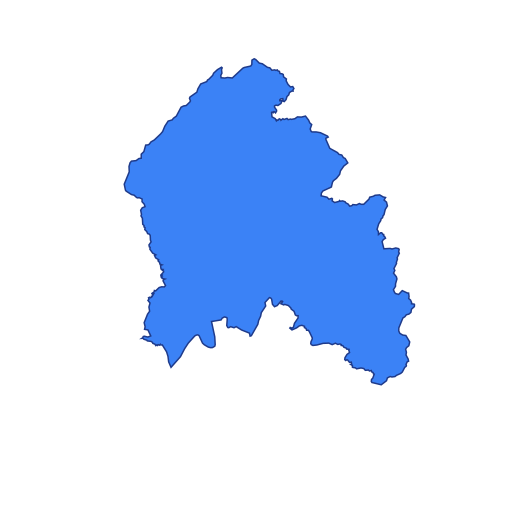 Doi Tao, Chiang Mai, Thailand (Robinson projection), rotated 237°
{"feature_id": "78962969B78761446480435", "entity_name": "Doi Tao", "entity_type": "district", "adm_level": 2, "iso_a3": "THA", "parent_name": "Thailand", "parent_adm1": "Chiang Mai", "projection": "robinson", "projection_center": [98.654, 17.929], "detail": "fine", "context": "isolated", "style": "filled", "palette": "blue", "viewbox_px": 512, "rotation_deg": 237, "n_neighbors": 0, "source": "geoboundaries", "source_scale": "gbopen_adm2", "svg_char_len": 6139}
<svg xmlns="http://www.w3.org/2000/svg" viewBox="0 0 512 512"><g transform="rotate(237 256 256)"><path d="M357.8,189.8L358.4,186.9L357.2,184.2L353.2,182.6L352.3,181.4L349.6,181.3L344.3,178.3L342.5,178.7L341.4,177.9L340.2,178.4L338.7,177.1L336.0,177.7L333.8,177.3L332.5,178.4L330.9,178.5L326.8,176.1L325.0,175.7L323.6,172.3L321.7,171.5L320.9,172.0L319.5,170.7L314.7,170.9L311.5,172.6L311.7,171.2L309.1,170.8L305.9,172.3L305.3,171.2L303.2,171.6L301.5,171.0L299.8,172.3L300.1,170.8L297.4,169.5L296.4,169.3L295.3,170.7L294.9,169.7L293.8,170.3L293.0,169.9L292.0,166.4L291.1,167.0L290.8,166.3L291.4,165.6L290.1,165.1L289.5,165.7L289.3,165.0L288.1,165.2L286.3,167.0L286.5,165.7L285.8,164.5L280.5,164.0L280.0,162.3L281.6,160.0L282.3,157.6L281.4,152.8L282.4,152.0L281.4,151.0L281.3,148.3L280.6,148.2L280.0,149.5L278.9,147.4L279.1,146.5L278.5,146.5L278.4,144.9L279.4,144.3L279.5,143.1L278.2,142.8L277.6,141.2L274.3,141.5L271.5,138.4L267.6,136.7L266.3,133.4L261.0,125.9L257.1,124.5L255.2,122.6L252.9,125.1L246.3,124.2L246.9,121.2L249.6,118.6L249.9,117.6L249.1,116.5L249.1,115.5L248.6,116.4L247.3,116.6L244.7,118.7L244.0,118.6L241.5,121.5L239.9,122.1L238.9,121.9L237.1,123.2L235.4,123.2L235.5,124.6L234.6,124.7L234.8,125.9L233.8,126.5L234.0,127.4L233.6,127.2L232.4,129.0L224.3,128.8L219.7,127.5L214.8,125.1L208.9,124.1L212.7,137.8L217.1,145.6L219.8,151.7L222.3,161.1L222.2,162.7L221.6,164.2L220.3,164.9L212.1,163.7L209.7,164.3L205.7,166.3L203.9,167.9L202.9,169.6L202.8,172.3L203.9,173.5L210.7,177.4L225.3,183.0L221.4,191.9L222.3,193.8L222.1,196.3L220.9,197.5L219.9,198.0L218.6,197.4L213.6,193.6L211.4,193.4L210.7,194.1L210.5,196.3L207.8,198.5L207.6,200.9L201.8,203.6L194.9,208.5L192.0,207.4L191.7,208.7L197.7,220.3L200.5,223.1L203.0,227.1L205.6,229.6L208.8,236.9L212.1,238.2L213.8,244.6L212.9,245.4L211.3,245.6L206.5,243.5L203.4,243.9L202.9,246.8L204.6,252.5L203.7,253.5L203.2,253.5L202.4,250.9L199.9,252.6L199.7,253.8L196.8,256.2L193.5,256.9L192.3,256.6L188.9,257.8L185.2,256.9L183.8,257.5L183.0,258.8L181.1,257.5L178.6,251.6L175.9,248.6L175.9,246.9L177.4,245.8L177.1,245.1L174.4,245.9L173.6,250.9L173.8,254.4L172.9,256.7L170.6,258.4L169.6,257.6L168.0,258.5L166.2,258.0L165.1,259.5L163.4,259.5L156.7,258.6L155.7,257.9L154.2,255.5L152.7,254.2L151.5,254.1L150.0,255.0L148.2,258.6L146.2,264.7L143.3,269.6L140.2,271.6L139.6,275.1L137.3,276.4L136.5,278.5L135.3,279.3L134.6,278.7L133.5,280.0L131.6,280.0L129.4,281.6L128.6,281.3L127.0,283.2L126.4,282.5L124.1,281.9L123.9,278.7L122.3,275.3L120.8,274.0L119.5,274.3L119.5,275.7L118.9,276.2L115.8,276.5L115.1,278.1L113.1,277.3L113.4,276.4L111.6,277.2L110.3,276.3L109.7,276.6L108.0,278.5L106.6,278.9L104.9,283.1L102.9,285.1L100.6,285.4L99.1,288.2L97.8,288.5L97.2,290.3L95.8,289.9L94.6,290.7L93.1,290.3L92.5,290.8L89.9,287.3L89.6,285.7L88.1,284.4L86.8,284.3L79.8,290.9L80.3,297.5L82.2,299.8L81.9,302.8L80.5,304.1L79.2,306.9L79.4,308.8L78.7,313.4L79.0,315.5L81.6,320.1L81.7,321.8L82.4,322.6L83.3,322.7L84.9,325.1L84.7,326.7L86.8,327.5L91.3,327.9L93.3,329.7L96.3,330.7L97.2,332.4L97.5,335.3L100.2,338.1L107.7,338.4L109.8,336.0L112.8,334.5L115.4,334.9L117.9,336.6L124.0,345.4L124.0,347.8L124.8,350.1L124.0,352.6L124.3,355.2L126.7,357.4L127.3,361.2L128.8,362.4L129.4,362.5L131.3,360.4L132.3,361.2L134.9,361.6L137.2,360.9L138.5,362.2L141.8,363.8L142.5,362.8L147.3,359.8L146.1,354.7L148.6,352.5L150.1,352.4L152.9,352.9L154.6,356.5L156.6,357.8L160.0,361.7L162.1,362.4L166.7,362.0L168.3,364.6L170.3,364.8L173.2,369.8L174.2,370.2L176.4,373.0L177.6,373.3L180.3,377.7L181.7,377.8L183.5,379.6L184.5,379.6L186.6,377.6L187.8,373.9L189.3,372.6L192.4,367.2L199.4,369.6L200.4,371.7L200.4,374.3L202.5,374.5L203.4,374.0L204.5,374.8L205.1,374.2L207.0,374.1L207.6,373.2L207.3,370.4L209.7,371.9L212.4,372.0L216.2,376.5L217.7,379.8L219.0,381.1L219.2,383.0L220.6,384.5L220.9,385.8L224.6,389.7L226.4,393.5L230.1,394.8L233.2,393.9L234.5,396.5L236.3,394.8L239.9,393.0L242.1,388.9L242.2,386.9L243.4,383.4L242.2,381.8L240.7,374.5L242.1,372.3L243.7,371.3L244.1,368.1L246.4,365.2L246.0,363.8L246.8,361.7L249.3,361.6L251.9,360.2L252.9,360.3L255.0,358.7L256.1,356.4L257.0,356.3L256.6,355.3L258.0,351.1L260.8,349.9L262.3,351.2L263.1,351.0L263.9,348.1L266.6,347.6L271.0,343.4L273.2,345.2L274.1,347.6L272.8,356.8L276.2,360.3L277.0,362.0L277.3,365.8L278.9,370.6L281.4,373.2L283.6,378.6L284.1,383.7L289.2,383.9L290.9,382.9L294.0,382.9L296.1,380.9L298.3,380.7L306.1,376.5L315.7,378.1L316.7,378.7L316.4,381.3L317.6,381.3L324.3,377.2L327.2,374.1L329.5,370.6L330.4,370.1L333.0,370.6L335.9,374.3L338.4,373.6L341.2,374.1L346.4,373.7L347.8,369.7L350.1,366.5L350.0,363.3L351.3,360.1L352.0,359.6L352.9,357.2L354.5,356.9L355.2,353.9L356.5,353.3L356.3,350.9L356.9,351.1L358.4,350.2L357.9,348.7L358.1,347.8L358.7,347.7L358.3,346.7L360.8,346.9L364.0,345.2L368.0,347.3L367.9,348.0L366.8,348.4L367.4,349.5L367.1,349.9L365.4,350.3L366.3,352.2L367.2,352.7L370.8,352.6L371.8,353.3L371.6,355.0L370.3,356.3L370.3,360.0L372.1,362.4L373.3,360.5L374.1,361.1L374.3,362.2L373.4,364.2L371.0,363.1L370.1,363.8L370.8,366.4L372.9,368.9L373.3,371.2L374.9,373.1L374.8,375.8L374.1,377.0L375.1,377.4L375.8,379.0L378.1,379.1L379.0,377.0L382.4,376.3L386.5,376.7L387.9,377.9L391.2,376.7L393.4,377.7L394.6,377.1L396.0,375.5L398.1,376.2L399.1,375.3L400.5,375.2L400.8,373.8L401.9,373.1L403.1,370.5L406.3,370.1L407.9,368.4L413.8,366.0L416.0,363.8L420.9,362.8L422.4,361.9L422.5,359.3L418.9,356.8L418.2,355.0L420.5,348.8L420.7,347.2L418.2,333.1L421.2,329.4L422.2,326.8L424.5,323.8L426.6,324.8L427.9,327.0L431.1,328.6L432.2,330.1L433.1,329.9L433.3,325.2L432.4,320.0L431.1,318.1L429.9,312.6L430.0,311.2L429.1,309.7L430.4,303.3L427.9,298.4L425.6,295.6L425.3,287.2L424.5,286.1L421.8,285.5L421.2,284.4L420.2,279.5L421.3,276.9L421.6,274.2L416.7,265.4L416.5,261.8L415.8,259.8L417.0,255.8L414.5,250.2L411.2,245.4L410.3,242.4L408.7,233.9L408.9,230.0L407.9,227.4L408.0,226.0L409.1,223.9L404.6,218.8L403.9,215.2L400.5,213.0L401.5,210.9L401.3,207.4L403.4,203.2L402.8,201.2L400.3,198.3L395.6,195.5L388.0,184.6L382.4,182.4L381.2,182.4L375.4,185.0L373.4,186.9L370.1,187.7L369.0,188.6L368.7,189.7L365.8,191.5L363.6,190.0L360.3,190.5L357.8,189.8Z" fill="#3b82f6" stroke="#1e3a8a" stroke-width="1.5"/></g></svg>